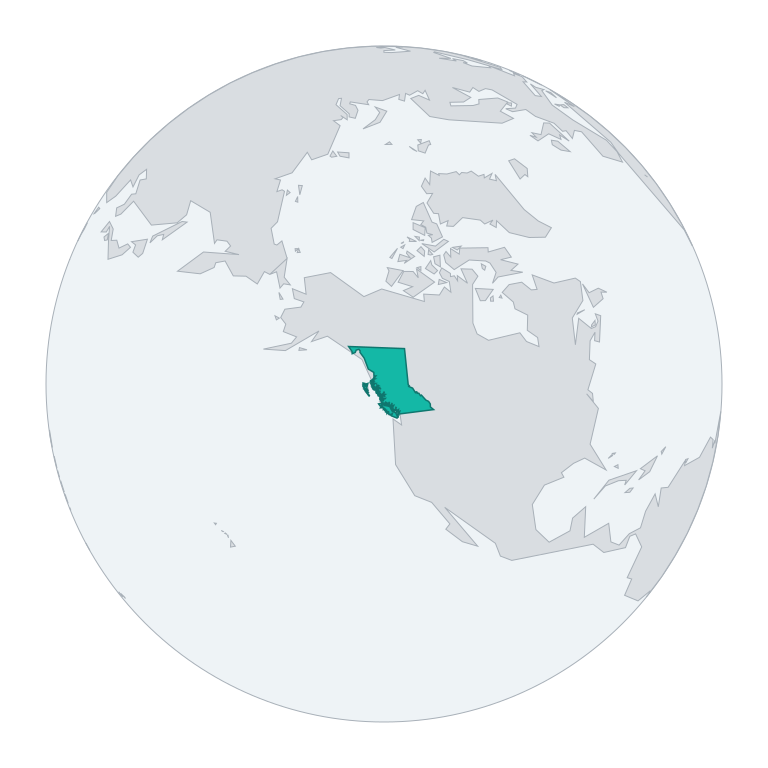 British Columbia on an orthographic globe
{"feature_id": "CAN-633", "entity_name": "British Columbia", "entity_type": "Province", "adm_level": 1, "iso_a3": "CAN", "parent_name": "Canada", "parent_adm1": "", "projection": "orthographic", "projection_center": [-126.982, 54.153], "detail": "fine", "context": "on_globe", "style": "filled", "palette": "teal", "viewbox_px": 768, "rotation_deg": 0, "n_neighbors": 0, "source": "natural_earth", "source_scale": "10m", "svg_char_len": 16703}
<svg xmlns="http://www.w3.org/2000/svg" viewBox="0 0 768 768"><circle cx="384" cy="384" r="338" fill="#eef3f6" stroke="#a8b0b8"/><path d="M124.6,597.1L125.5,598.5L125.3,598.3L124.6,597.1ZM646.3,597.0L650.2,592.0L649.9,591.1L638.0,600.9L624.6,595.3L631.7,579.0L627.2,577.7L641.7,546.9L635.6,533.9L629.8,536.3L625.5,547.6L603.8,552.5L593.1,544.2L511.8,560.4L500.4,556.1L495.4,543.3L444.7,507.3L477.7,546.2L462.4,541.7L445.8,529.2L449.9,523.9L431.7,502.4L414.8,495.7L395.6,464.6L393.0,419.0L401.6,425.0L400.0,413.9L389.1,406.0L382.3,403.6L362.0,359.5L327.4,336.2L311.5,341.6L318.9,331.0L285.4,350.6L263.4,349.1L291.4,343.2L296.6,336.9L283.3,331.6L285.8,324.1L280.7,317.5L284.9,309.2L300.9,307.1L303.9,301.9L294.3,298.6L292.4,288.7L306.1,294.2L304.3,277.7L330.6,272.6L363.9,296.6L381.7,289.0L424.4,301.5L423.7,294.1L439.4,295.0L444.4,287.0L450.9,292.2L449.3,281.5L442.4,278.3L439.4,272.7L441.7,267.9L450.4,273.4L450.5,276.6L454.3,275.8L457.6,280.8L457.3,275.6L467.5,283.3L461.0,268.8L472.1,269.2L477.9,276.2L472.6,284.4L472.9,323.1L477.1,333.9L488.5,340.3L519.9,332.8L526.5,341.5L539.0,346.6L537.6,337.5L527.3,330.3L527.7,315.1L515.0,308.8L513.3,302.0L502.2,292.4L509.1,284.6L521.7,282.2L531.3,289.9L537.1,289.4L532.2,274.9L554.0,283.0L575.3,278.1L580.4,281.6L582.9,300.5L572.3,318.0L575.4,344.8L578.7,318.3L591.3,328.5L595.6,326.7L598.0,321.1L595.3,313.8L600.7,315.7L599.5,342.0L594.6,340.7L595.0,332.2L590.1,340.8L589.4,359.7L595.8,364.0L587.9,389.8L592.5,393.4L593.3,401.5L586.6,393.8L598.4,408.4L590.1,444.2L606.1,470.0L584.7,458.1L573.6,463.3L561.4,472.7L563.9,477.2L544.4,485.1L532.3,504.5L535.9,529.6L549.1,542.2L570.0,530.8L572.6,518.1L585.7,506.7L584.3,537.3L608.7,523.3L610.9,541.9L619.1,545.1L629.3,533.7L640.5,527.8L645.6,511.2L655.1,493.9L658.3,506.8L661.2,488.0L668.1,487.3L685.2,460.5L684.6,465.6L699.5,457.3L710.5,437.1L713.1,439.6L712.3,448.2L715.0,440.1L714.9,443.4L720.8,411.4L717.8,436.6L712.9,461.5L706.2,486.0L697.6,509.9L687.3,533.1L675.2,555.4L661.6,576.8L646.3,597.0ZM230.5,547.1L230.9,540.4L235.3,546.2L230.5,547.1ZM228.0,535.3L228.5,537.8L227.5,535.5L228.0,535.3ZM225.2,532.9L227.3,534.6L224.7,533.3L225.2,532.9ZM221.2,530.5L223.4,531.5L223.1,531.7L221.2,530.5ZM608.9,480.2L636.5,470.7L624.7,485.0L626.2,480.3L618.5,480.7L605.3,486.0L593.8,499.1L608.9,480.2ZM215.6,524.7L214.3,523.0L216.4,523.3L215.6,524.7ZM612.6,455.6L608.2,458.4L612.0,454.6L612.6,455.6ZM378.9,403.9L388.6,406.7L397.6,416.9L389.2,415.3L378.9,403.9ZM362.3,384.8L367.5,383.6L368.8,395.2L365.4,392.2L362.3,384.8ZM299.5,347.6L307.0,349.8L298.9,350.4L299.5,347.6ZM279.3,318.1L276.4,319.9L275.0,315.8L279.3,318.1ZM499.2,297.5L500.8,295.1L502.0,298.1L499.2,297.5ZM493.0,295.9L493.5,301.2L490.6,301.2L490.4,297.9L493.0,295.9ZM280.2,299.4L278.9,292.4L283.0,299.1L280.2,299.4ZM493.2,289.4L485.4,300.6L480.3,300.7L475.3,288.4L493.2,289.4ZM280.0,288.1L276.6,271.8L269.8,274.4L287.1,258.4L284.2,277.2L290.3,284.9L283.7,283.8L280.0,288.1ZM439.2,279.4L446.7,282.6L438.3,284.5L439.2,279.4ZM434.6,282.1L413.2,297.2L403.4,290.6L412.6,286.7L398.1,282.2L403.8,271.4L413.1,271.5L418.3,277.8L416.5,269.0L434.6,282.1ZM297.2,252.6L298.7,248.6L300.2,252.4L297.2,252.6ZM437.6,270.6L434.1,274.0L425.4,268.5L430.7,260.6L431.8,264.9L437.6,270.6ZM391.5,286.4L385.9,281.2L389.0,270.9L387.3,267.6L403.1,270.6L391.5,286.4ZM435.0,263.7L433.6,256.8L439.9,255.2L440.4,266.9L435.0,263.7ZM420.9,270.5L417.0,267.6L420.9,266.6L420.9,270.5ZM461.2,246.1L457.3,250.0L452.4,247.4L461.2,246.1ZM432.7,254.4L430.5,255.0L428.1,254.5L428.6,249.8L432.7,254.4ZM404.2,263.4L406.7,260.4L397.9,261.6L399.9,254.3L410.1,257.8L406.5,253.3L407.1,251.1L414.7,256.4L404.2,263.4ZM421.8,243.6L435.5,246.1L443.8,239.3L448.4,241.4L434.1,252.0L421.8,243.6ZM417.0,250.6L421.0,246.7L424.7,251.0L424.2,256.4L417.0,250.6ZM397.5,248.3L391.9,258.5L389.8,257.4L397.5,248.3ZM423.5,240.7L420.2,240.3L423.7,239.7L423.5,240.7ZM404.7,244.9L403.0,248.6L400.7,247.2L404.7,244.9ZM415.0,236.4L419.4,237.1L419.2,240.6L415.0,236.4ZM409.7,239.5L407.0,236.9L416.5,241.5L409.3,241.4L409.7,239.5ZM402.8,243.0L400.9,243.4L403.9,241.7L402.8,243.0ZM413.1,222.7L425.2,227.7L424.7,235.4L413.1,229.5L413.1,222.7ZM692.2,245.5L692.3,245.9L684.2,229.9L678.6,223.3L618.9,153.7L610.8,142.2L568.9,106.0L564.5,102.2L574.4,106.6L550.0,89.7L570.3,102.1L589.8,115.9L608.1,131.1L625.4,147.5L641.5,165.1L656.3,183.8L669.7,203.5L681.7,224.1L692.2,245.5ZM541.7,85.2L532.2,80.4L523.0,76.0L541.7,85.2ZM469.1,57.0L462.6,55.6L500.2,67.3L501.8,69.5L467.8,59.7L434.3,51.8L433.8,52.5L450.9,58.4L439.1,58.2L456.4,61.0L452.5,58.6L463.2,60.6L467.4,63.0L463.1,62.6L472.0,66.0L490.5,67.8L488.5,65.6L514.5,75.8L513.6,73.4L522.1,76.7L526.8,82.0L523.1,81.8L535.2,95.6L541.4,96.5L530.4,83.9L535.7,87.3L544.0,89.6L541.8,90.6L552.2,105.1L572.9,120.0L606.5,140.3L617.0,151.6L622.5,162.1L602.9,156.2L581.6,131.8L574.4,130.4L572.4,138.5L566.1,130.7L562.6,131.3L554.0,123.2L535.5,116.4L525.8,109.5L512.6,111.7L505.7,108.7L515.5,108.1L517.1,104.4L492.1,89.9L485.5,88.6L478.9,91.4L472.9,87.5L469.7,92.1L452.4,87.5L470.8,97.4L463.6,102.0L449.9,102.3L450.9,105.9L473.1,105.5L479.0,103.9L478.8,99.5L497.8,98.0L507.7,102.0L500.3,111.2L513.5,118.4L502.1,123.2L448.9,119.8L429.8,116.5L410.8,98.5L418.7,95.4L429.5,100.1L425.1,90.3L422.8,93.7L417.7,90.7L409.6,95.2L405.6,93.4L404.5,101.1L398.8,99.4L399.5,94.5L382.5,100.6L368.9,99.5L367.0,101.9L368.7,104.7L350.3,101.9L349.7,103.8L355.5,105.4L358.0,110.3L355.3,118.3L349.1,116.9L349.2,113.8L340.1,105.7L341.5,98.3L338.6,98.6L336.0,104.7L347.1,114.5L347.2,119.8L340.7,115.5L343.1,117.4L341.2,119.6L333.5,120.7L340.1,125.7L327.8,154.2L311.7,159.8L307.3,152.3L292.1,172.8L275.1,178.8L280.5,180.0L276.9,191.6L282.1,189.8L284.5,191.3L277.5,221.8L271.1,228.3L274.2,244.1L276.9,245.0L281.9,240.9L287.1,258.4L269.8,274.4L264.4,271.6L257.3,284.0L246.0,276.2L233.3,275.9L225.1,261.0L215.8,262.7L214.1,267.5L200.2,273.8L177.5,271.2L203.5,252.0L239.0,254.6L225.2,251.3L230.6,246.0L227.0,241.2L217.0,239.8L214.5,243.4L210.2,212.3L190.7,200.7L186.6,214.8L177.2,222.8L151.4,225.1L133.6,201.2L120.9,214.1L115.6,216.3L116.7,207.9L124.4,204.2L131.6,194.2L135.8,193.8L140.1,180.0L146.3,178.9L146.6,169.3L139.1,174.9L133.0,186.9L130.6,179.9L115.8,196.1L106.7,202.6L106.7,192.2L117.9,175.8L117.6,176.1L133.4,157.3L150.5,139.7L168.9,123.4L188.4,108.5L208.9,95.0L230.3,83.0L252.6,72.7L275.5,64.0L299.0,56.9L323.0,51.6L347.3,48.1L371.8,46.3L396.3,46.3L420.8,48.1L445.1,51.6L469.1,57.0ZM644.6,174.8L647.5,177.0L644.6,174.8ZM401.8,46.7L379.8,46.2L384.5,47.4L376.3,47.5L380.9,48.1L384.9,47.5L395.3,50.0L383.9,50.6L383.9,52.3L391.3,52.6L410.5,51.2L395.8,47.3L403.1,47.1L401.8,46.7ZM685.6,459.5L688.0,458.7L685.6,463.2L685.6,459.5ZM625.0,492.6L629.9,488.3L633.1,488.0L629.8,492.3L625.0,492.6ZM661.2,451.5L665.8,446.7L661.8,454.1L661.2,451.5ZM640.4,468.7L657.5,455.8L649.7,471.7L638.6,479.9L645.1,470.8L640.4,468.7ZM614.4,466.5L617.9,464.7L618.2,468.3L614.4,466.5ZM615.4,452.9L614.4,454.3L611.8,453.5L615.4,452.9ZM591.4,326.9L591.6,324.9L595.0,320.4L595.3,324.9L591.4,326.9ZM598.3,288.2L606.9,292.2L601.0,292.1L603.1,298.7L593.4,307.3L582.5,283.9L589.1,292.7L598.3,288.2ZM577.4,313.0L584.8,309.7L577.1,314.3L577.4,313.0ZM552.3,144.7L551.4,140.2L557.8,141.2L570.1,151.6L561.0,150.1L552.3,144.7ZM548.7,133.8L538.0,140.9L529.9,135.3L536.2,137.2L531.9,132.7L541.0,134.6L543.7,122.9L549.5,123.1L569.2,141.1L559.6,134.9L561.0,139.4L548.7,133.8ZM524.9,174.5L520.1,179.0L508.7,160.8L514.5,158.8L527.2,168.5L527.8,176.7L524.9,174.5ZM485.8,266.3L484.7,270.2L482.3,268.5L481.3,263.8L485.8,266.3ZM459.8,248.1L488.0,247.7L488.2,252.0L504.5,247.3L511.3,257.1L500.6,259.7L518.0,264.1L511.0,270.4L522.8,272.2L498.1,277.0L492.5,283.3L496.1,272.4L490.0,263.1L485.7,261.0L469.2,260.0L454.2,269.6L445.7,262.5L443.7,254.9L446.0,251.5L450.8,257.1L450.5,248.5L459.2,254.1L459.8,248.1ZM425.1,178.1L429.7,184.6L430.5,171.0L439.2,175.4L438.7,173.6L446.9,174.0L456.2,171.6L459.4,174.8L461.6,172.5L467.1,173.0L471.2,171.1L478.4,176.2L484.0,174.4L484.3,177.9L492.0,173.4L489.5,179.1L496.4,180.7L495.1,174.4L524.2,209.6L538.3,221.0L551.4,227.7L545.4,237.2L529.2,237.5L509.3,232.6L496.6,220.7L496.2,227.5L489.9,224.0L492.9,220.1L484.7,224.0L480.3,220.1L462.6,217.6L453.4,226.4L446.7,226.0L448.1,220.6L440.4,224.0L438.5,213.7L433.7,213.3L427.0,203.0L432.6,193.4L426.7,193.7L421.4,186.3L425.1,178.1ZM411.6,219.6L416.3,206.4L423.3,202.5L432.0,222.1L436.7,223.9L442.5,236.9L432.1,242.4L431.4,238.1L428.3,235.3L432.8,234.7L426.9,233.1L425.7,227.2L420.8,224.5L423.7,220.9L411.6,219.6ZM556.5,97.8L552.5,95.1L545.6,90.8L550.7,92.5L556.5,97.8ZM564.0,107.7L560.0,104.9L563.8,104.6L567.9,107.8L564.0,107.7ZM554.5,104.0L559.5,104.8L559.2,106.3L554.5,104.0ZM511.4,106.1L506.7,103.8L507.5,102.8L511.6,103.0L511.4,106.1ZM429.2,140.7L430.7,144.5L428.5,145.0L425.1,153.1L418.3,150.8L417.8,145.0L429.2,140.7ZM470.8,57.5L479.3,59.8L482.0,60.7L478.5,59.7L470.8,57.5ZM518.4,74.6L509.0,70.3L519.9,75.1L518.4,74.6ZM421.3,139.5L420.7,143.1L417.7,139.8L421.3,139.5ZM413.2,149.6L409.2,146.4L417.1,151.5L413.2,149.6ZM99.8,208.6L94.8,213.4L94.0,213.7L98.7,207.2L99.8,208.6ZM363.0,128.9L375.3,119.7L379.7,112.5L375.2,107.0L386.8,111.2L380.0,122.3L363.0,128.9ZM332.8,151.0L336.8,156.3L331.6,157.2L330.0,156.1L332.8,151.0ZM337.6,152.0L349.0,152.8L349.0,157.9L340.0,156.2L337.6,152.0ZM385.4,144.5L389.5,141.8L391.9,144.4L385.4,144.5ZM118.7,591.8L122.7,596.9L119.0,592.6L118.7,591.8ZM125.3,598.3L120.7,593.4L124.6,597.1L125.3,598.3ZM87.6,546.2L89.9,550.4L89.3,549.4L87.6,546.2ZM86.2,543.8L85.9,543.0L87.5,546.0L86.2,543.8ZM69.6,507.3L70.0,508.1L70.9,510.4L69.6,507.3ZM67.1,500.6L64.8,494.4L64.5,493.4L67.1,500.6ZM66.1,497.3L65.2,494.4L68.2,503.3L66.1,497.3ZM60.8,481.1L64.3,492.1L60.6,480.7L60.8,481.1ZM59.6,477.4L57.7,470.7L57.6,470.4L59.6,477.4ZM54.2,456.1L56.9,467.8L56.9,468.0L55.8,463.8L54.2,456.1ZM49.8,433.9L50.7,438.9L51.5,443.1L50.9,441.0L49.8,433.9ZM49.5,429.9L51.0,439.0L52.4,447.5L52.2,446.9L49.5,429.9ZM69.8,259.5L69.9,259.4L69.7,259.9L69.8,259.5ZM82.7,231.1L87.5,222.6L84.3,229.1L80.5,235.4L77.8,241.1L82.7,231.1ZM104.0,237.0L108.4,233.4L107.3,239.9L104.6,240.5L104.0,237.0ZM108.0,259.3L108.5,240.5L109.6,226.3L106.3,232.0L101.1,231.9L109.5,221.5L113.2,229.0L111.2,240.5L116.8,240.2L119.0,248.1L127.7,243.9L130.5,247.3L122.1,254.8L108.0,259.3ZM131.5,241.7L147.4,239.2L142.7,253.4L138.2,257.2L132.9,252.2L135.6,244.9L131.5,241.7ZM149.9,242.9L152.7,236.1L182.1,221.5L187.1,222.1L162.3,239.8L163.7,234.4L157.3,235.8L149.9,242.9ZM295.1,248.6L298.4,248.6L295.4,251.2L295.1,248.6ZM287.4,190.1L290.1,192.6L286.4,195.3L287.4,190.1ZM295.4,201.4L297.7,196.5L297.8,202.2L295.4,201.4ZM302.3,185.6L299.8,194.8L298.5,185.3L302.3,185.6Z" fill="#d9dde1" stroke="#a8b0b8" stroke-width="1"/><path d="M433.6,409.6L399.0,414.0L398.4,412.4L399.5,412.3L399.8,411.3L398.3,412.0L398.5,409.8L397.3,411.1L397.2,411.7L395.2,410.4L395.6,409.7L396.3,411.1L397.1,409.9L395.6,409.6L396.2,407.6L395.9,407.3L395.3,406.9L396.0,407.6L395.6,409.2L394.3,409.8L392.2,408.0L392.7,408.4L393.0,406.9L392.5,406.4L393.7,405.7L393.8,405.3L391.2,406.5L391.9,404.9L392.1,402.9L390.8,405.9L390.1,405.2L389.3,405.7L389.7,404.2L388.9,405.8L388.5,405.3L387.7,405.7L386.6,405.4L389.1,404.0L389.5,402.9L389.0,401.9L389.0,403.8L388.0,404.4L386.9,404.5L387.5,403.8L387.0,403.3L385.6,403.5L387.0,402.9L385.7,402.1L385.1,403.3L383.3,402.9L383.9,403.6L382.3,402.9L381.0,401.2L383.1,400.9L383.4,400.7L383.5,400.2L381.1,400.4L381.9,399.8L382.2,398.9L385.1,398.8L385.4,398.4L382.4,398.6L382.7,397.5L381.6,398.5L382.2,398.7L381.3,399.9L380.7,397.5L383.4,394.8L385.1,396.8L384.2,394.9L384.9,394.5L383.3,394.4L384.2,392.4L383.7,391.5L384.0,392.5L381.7,394.9L380.8,395.4L380.7,393.6L380.3,394.6L380.8,393.2L379.3,395.0L378.9,394.9L379.5,393.9L379.9,391.5L380.3,391.3L378.8,391.8L378.7,389.9L377.4,389.1L377.0,387.4L378.7,388.7L380.0,388.1L380.9,389.4L380.0,387.9L377.6,387.1L377.8,386.0L378.8,385.8L378.1,385.4L378.4,384.7L377.2,386.1L377.3,385.7L377.0,385.4L377.1,386.1L376.1,386.9L375.9,388.4L373.2,385.0L373.4,383.8L374.5,385.0L373.8,383.6L374.8,383.7L375.4,383.4L374.2,383.3L373.2,383.7L372.8,382.2L372.0,382.4L372.2,380.9L373.4,382.7L373.8,382.8L373.7,381.6L372.4,380.7L372.9,380.5L373.7,381.0L374.1,381.0L373.2,379.7L375.0,378.9L373.8,378.7L375.7,376.1L374.9,376.3L374.5,375.2L374.6,376.7L373.4,378.7L374.0,377.1L373.8,372.4L368.3,369.1L364.2,358.1L360.0,352.4L360.1,350.8L358.9,349.3L356.2,350.1L355.2,352.5L352.2,353.7L352.1,351.6L348.6,346.5L404.5,348.6L408.2,384.7L409.3,385.8L408.8,386.5L412.6,388.1L415.4,392.6L416.2,391.8L417.1,392.2L417.2,393.3L418.8,393.2L420.5,395.7L421.4,395.1L425.9,400.1L428.6,401.4L430.3,404.0L430.4,406.9L433.6,409.6ZM398.3,416.9L397.0,418.1L391.3,415.8L391.0,415.4L392.3,414.1L392.5,413.3L392.4,412.8L392.0,414.2L389.3,414.5L388.3,413.8L389.3,413.1L388.8,413.4L388.6,412.1L387.7,412.7L388.0,412.4L388.1,411.7L385.6,411.9L385.7,410.8L387.3,410.3L385.6,410.2L385.3,409.1L384.5,408.6L383.4,409.3L383.6,407.6L380.5,407.8L381.1,407.0L380.5,405.7L382.3,406.2L381.8,405.4L382.4,404.9L380.0,405.8L378.6,403.9L380.6,403.3L384.4,405.4L389.7,406.4L390.8,408.8L392.0,410.0L391.7,410.3L392.4,411.4L395.7,412.8L397.5,416.7L397.9,415.8L398.3,416.9ZM364.3,388.8L363.9,387.8L364.9,388.1L363.0,386.6L363.0,383.0L364.7,383.4L364.3,384.5L366.1,384.2L365.7,385.5L364.2,385.9L365.3,386.1L364.8,386.6L365.9,386.0L366.3,384.9L366.0,384.0L367.9,383.4L366.5,388.5L364.3,388.8ZM369.1,395.2L368.5,395.4L365.0,390.4L365.8,390.1L364.3,389.2L367.0,388.7L367.7,390.0L366.2,389.8L367.6,390.7L366.5,390.5L366.2,390.9L367.3,391.4L366.7,391.9L368.1,394.1L368.7,393.6L368.2,394.2L369.1,395.2ZM377.5,392.5L376.4,391.6L376.8,391.5L376.6,391.3L377.4,390.5L377.3,390.3L376.2,391.0L376.6,388.9L378.5,390.6L378.2,393.0L377.6,393.1L378.1,391.2L378.0,390.9L377.5,392.5ZM372.6,385.3L374.1,386.3L375.7,389.1L374.8,389.3L372.6,385.3ZM374.3,389.2L373.5,389.6L371.7,386.8L373.5,387.9L374.3,389.2ZM381.2,395.2L383.1,394.8L380.7,396.9L381.2,395.2ZM384.8,409.2L385.2,410.9L384.0,409.6L384.8,409.2ZM372.0,384.7L371.2,384.8L371.0,385.4L371.2,384.6L372.1,384.0L372.7,384.9L371.8,385.5L372.0,384.7ZM380.2,398.0L379.7,396.5L380.5,396.4L380.2,398.0ZM376.4,392.2L376.8,393.9L375.8,391.7L376.4,392.2ZM380.2,398.3L380.1,399.8L379.7,398.9L380.2,398.3ZM379.2,392.6L378.7,394.4L379.0,391.9L379.2,392.6ZM376.3,388.4L376.4,387.0L377.6,386.5L377.3,387.3L377.0,387.3L376.6,387.7L376.3,388.4ZM385.4,404.5L386.6,403.6L387.0,404.0L386.6,404.6L385.4,404.5ZM392.8,409.8L394.0,410.0L394.9,411.2L393.7,410.6L392.8,409.8ZM372.3,386.8L372.6,385.8L373.1,387.2L372.3,386.8ZM378.3,393.0L378.6,394.1L377.8,393.6L377.4,393.5L378.3,393.0ZM376.4,390.1L375.9,388.7L376.2,388.8L376.4,390.1ZM390.7,406.5L390.4,405.8L391.3,407.2L391.0,407.6L391.0,407.0L390.7,406.5ZM372.8,379.7L372.2,379.7L373.2,378.7L372.8,379.7ZM376.9,387.5L377.1,388.8L376.4,388.5L376.9,387.5ZM390.8,408.1L390.3,407.6L390.2,406.8L390.8,407.1L390.8,408.1ZM370.5,380.9L371.0,381.3L370.3,381.8L370.5,380.9ZM377.6,394.0L378.1,394.7L377.9,395.0L377.6,394.0ZM379.5,395.4L379.1,396.2L378.4,395.7L378.7,395.2L379.5,395.4ZM375.2,389.5L375.4,390.7L374.9,389.7L375.2,389.5ZM398.0,415.3L397.4,415.6L397.1,414.3L397.5,414.9L398.0,415.3ZM367.2,391.9L367.3,391.9L367.3,392.0L368.0,392.4L367.5,392.6L367.2,391.9ZM380.1,395.6L380.4,394.9L380.7,395.5L380.1,395.6ZM387.3,412.0L386.9,412.7L386.9,412.1L387.3,412.0ZM392.1,407.7L391.8,406.6L392.4,407.4L392.1,407.7ZM379.7,396.2L379.3,395.9L379.8,395.5L379.7,396.2ZM369.0,395.6L369.2,395.9L369.3,396.6L369.0,395.6ZM391.5,408.3L391.5,407.0L391.9,407.9L391.5,408.3ZM386.3,405.0L386.8,405.1L385.3,405.3L386.3,405.0ZM379.4,393.1L379.2,392.1L379.8,391.8L379.4,393.1ZM380.0,395.8L380.5,396.2L379.9,395.8L380.0,395.8ZM385.6,403.7L384.3,403.6L385.3,403.5L385.6,403.7ZM389.6,405.9L390.0,406.2L389.4,406.2L389.6,406.1L389.6,405.9ZM392.5,406.6L392.8,407.0L392.5,406.6ZM372.2,380.4L372.1,379.8L372.3,380.1L372.2,380.4ZM397.9,414.7L396.7,413.4L398.2,414.7L397.9,414.7ZM378.5,392.8L378.5,392.1L378.6,391.5L378.5,392.8ZM389.4,405.8L389.1,406.2L388.5,406.1L389.4,405.8ZM388.1,413.3L388.6,413.0L388.6,413.5L388.1,413.3ZM383.5,404.5L384.6,404.8L383.4,404.7L383.5,404.5ZM388.4,405.6L388.4,406.0L387.8,405.9L388.4,405.6ZM395.1,409.8L394.6,410.0L395.3,409.5L395.1,409.8ZM397.9,411.4L397.6,410.9L398.0,411.1L397.9,411.4ZM371.0,383.3L371.2,383.9L370.8,383.5L371.0,383.3ZM394.1,411.1L394.8,411.5L394.0,411.2L394.1,411.1ZM380.8,403.3L381.4,403.2L381.5,403.5L380.8,403.3ZM372.0,386.0L371.5,385.5L372.0,385.9L372.0,386.0ZM372.6,380.3L372.9,380.3L372.4,380.5L372.6,380.3ZM374.4,389.8L374.8,390.2L374.2,389.8L374.4,389.8ZM370.7,382.0L371.0,381.6L371.1,382.1L370.7,382.0ZM396.1,412.9L396.4,413.3L396.0,413.0L396.1,412.9ZM385.9,404.8L386.3,404.8L385.6,404.9L385.9,404.8ZM392.2,410.7L392.8,411.4L392.3,411.1L392.2,410.7ZM397.9,411.5L397.8,412.0L397.6,412.0L397.9,411.5Z" fill="#14b8a6" stroke="#0f766e" stroke-width="1.5"/></svg>